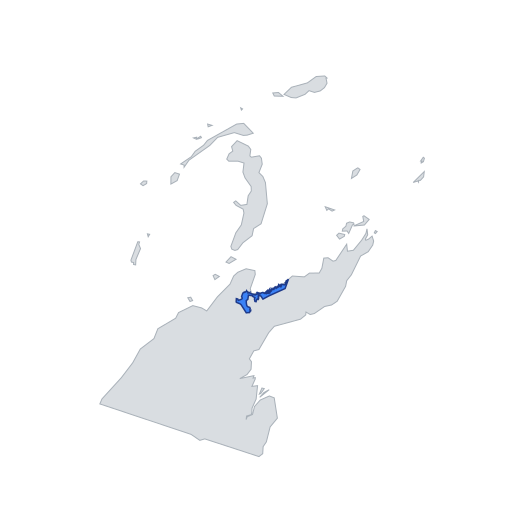 Huon District, Morobe, Papua New Guinea shown in context, rotated 289°
{"feature_id": "67681753B78423041590168", "entity_name": "Huon District", "entity_type": "district", "adm_level": 2, "iso_a3": "PNG", "parent_name": "Papua New Guinea", "parent_adm1": "Morobe", "projection": "orthographic", "projection_center": [147.273, -7.168], "detail": "fine", "context": "in_parent", "style": "filled", "palette": "blue", "viewbox_px": 512, "rotation_deg": 289, "n_neighbors": 0, "source": "geoboundaries", "source_scale": "gbopen_adm2", "svg_char_len": 8635}
<svg xmlns="http://www.w3.org/2000/svg" viewBox="0 0 512 512"><g transform="rotate(289 256 256)"><path d="M67.3,324.1L66.4,267.1L63.4,262.9L66.2,252.7L65.3,156.5L70.7,156.9L97.1,168.3L114.9,174.2L130.4,176.9L144.7,186.4L155.3,186.9L171.0,200.3L177.3,201.2L188.5,212.4L189.2,221.5L188.0,227.3L204.8,232.8L221.0,240.6L229.8,241.4L234.7,244.1L240.7,250.8L241.8,259.7L238.3,261.3L223.2,261.2L219.0,264.1L225.0,278.2L238.7,291.0L248.9,296.9L252.0,308.5L257.2,312.1L260.5,321.3L265.8,322.3L276.1,320.8L277.8,324.7L276.2,330.5L277.7,332.9L296.7,337.9L290.3,340.9L293.1,346.2L305.5,350.8L313.2,352.6L317.8,352.1L312.4,354.7L307.6,353.9L306.6,354.7L308.6,356.9L312.6,359.3L308.4,362.4L304.3,362.8L296.6,360.7L290.0,354.9L269.3,352.3L262.2,349.8L256.5,350.6L239.7,347.5L234.3,343.4L230.6,337.3L220.6,329.9L218.3,326.3L219.3,321.5L216.5,322.2L210.8,318.7L195.5,296.2L187.7,293.0L168.5,289.2L165.6,284.8L156.6,283.2L154.6,286.1L147.3,288.2L141.0,286.1L134.8,280.6L142.2,293.0L139.6,293.0L140.8,294.9L139.4,295.3L131.4,294.6L133.9,299.7L120.7,302.7L110.9,301.8L106.2,303.1L104.3,303.0L101.7,299.2L98.1,299.9L101.1,300.0L105.0,304.3L113.2,303.6L121.2,306.9L128.0,314.2L127.8,319.4L109.6,329.0L99.0,325.0L83.6,326.3L78.1,324.8L71.3,326.7L67.3,324.1ZM343.9,197.3L347.6,199.9L351.5,197.3L358.9,200.6L357.4,213.0L355.0,216.4L348.7,217.6L347.9,219.4L351.9,226.7L350.2,229.3L344.8,232.0L335.8,231.6L333.4,236.6L328.5,241.0L309.1,249.7L288.1,250.3L281.2,244.8L273.9,245.7L264.2,239.3L256.1,236.6L254.4,234.2L254.6,230.9L256.9,229.1L271.4,229.4L280.6,232.0L292.7,230.6L296.1,228.6L297.4,220.7L299.4,217.4L301.5,218.9L298.9,225.1L301.8,230.6L310.4,229.0L315.9,230.4L320.1,228.8L326.3,220.2L331.1,216.3L340.0,214.4L339.8,208.1L336.8,199.4L338.1,196.8L343.9,197.3ZM448.6,262.4L447.4,265.2L446.9,264.3L442.5,266.9L437.5,265.9L433.0,263.0L429.7,258.0L429.6,252.3L424.8,249.7L418.5,242.4L417.3,237.7L417.9,229.9L427.1,234.6L436.4,248.2L445.3,254.5L448.6,262.4ZM377.4,201.2L371.2,213.4L367.4,208.3L365.9,204.8L365.6,195.3L355.7,181.1L345.5,176.3L324.7,161.4L316.5,159.1L318.6,158.4L318.5,154.8L328.8,162.5L335.2,164.4L343.7,170.4L349.5,172.5L374.5,194.8L377.4,201.2ZM211.3,139.1L231.0,139.6L231.4,141.3L228.8,141.4L225.4,144.4L213.6,143.6L208.4,145.1L208.1,143.0L210.0,142.4L209.7,140.2L211.3,139.1ZM309.9,329.2L313.4,331.3L316.5,331.0L318.7,333.5L319.1,337.5L317.8,338.4L316.9,337.1L307.5,336.3L309.3,334.0L307.6,329.5L309.9,329.2ZM308.5,157.0L301.6,156.9L296.3,152.1L303.2,149.8L308.4,152.1L308.5,157.0ZM323.7,346.6L328.2,344.1L329.2,345.0L327.4,351.1L320.6,348.4L316.1,338.5L323.7,346.6ZM360.4,321.0L367.9,319.9L371.4,322.6L372.5,323.6L371.7,326.2L365.5,325.0L360.4,321.0ZM376.7,380.7L390.6,387.6L385.4,388.7L381.0,386.8L380.5,385.2L378.7,385.7L379.6,384.5L376.7,380.7ZM246.4,238.2L240.2,233.0L240.5,229.6L247.2,232.6L246.4,238.2ZM305.2,332.9L303.4,333.1L299.2,329.5L301.8,325.5L304.6,327.0L305.2,332.9ZM415.8,229.5L413.2,221.2L415.6,218.8L417.9,224.0L415.8,229.5ZM224.7,228.0L220.3,224.8L223.5,221.8L225.4,223.4L224.7,228.0ZM291.3,128.4L288.9,129.0L285.7,126.3L286.6,123.3L290.3,125.3L291.3,128.4ZM195.8,207.7L193.2,210.6L191.5,208.4L194.3,205.1L195.8,207.7ZM325.1,305.4L325.1,315.3L323.2,313.3L324.2,309.2L322.2,308.1L325.1,305.4ZM129.6,308.0L133.9,312.0L123.6,305.5L129.6,308.0ZM133.3,307.0L127.6,305.3L126.5,304.1L133.1,304.6L133.3,307.0ZM403.8,382.0L403.3,383.4L399.7,383.6L397.3,381.6L399.7,382.1L399.3,380.7L403.8,382.0ZM365.0,167.3L365.2,171.9L362.6,168.7L365.0,167.3ZM351.2,164.7L350.1,165.9L347.5,162.7L348.0,162.1L351.2,164.7ZM318.9,360.6L318.6,362.6L316.1,361.6L316.4,360.3L318.9,360.6ZM349.0,161.2L347.0,161.7L347.3,158.5L349.0,161.2ZM241.6,146.1L241.9,148.4L239.1,147.8L241.6,146.1ZM391.1,193.3L390.7,195.4L389.2,194.7L391.1,193.3Z" fill="#d9dde1" stroke="#a8b0b8" stroke-width="1"/><path d="M234.7,294.1L244.6,294.2L243.5,293.6L242.6,292.9L242.2,292.6L241.8,292.7L241.5,293.0L241.3,293.0L240.3,292.4L240.0,292.5L239.7,292.8L239.8,292.9L239.7,293.0L239.4,293.0L238.9,292.7L238.6,292.7L238.0,292.3L237.8,291.8L237.9,291.1L237.8,290.7L237.8,290.1L237.7,289.7L237.6,289.8L237.2,289.9L237.0,290.1L237.0,290.3L236.9,289.7L237.0,289.7L237.3,289.8L237.5,289.6L237.3,289.4L237.1,288.8L236.6,288.8L236.3,288.4L236.1,288.5L235.8,288.4L235.7,288.5L235.3,287.9L235.2,288.5L235.5,288.4L235.8,288.6L236.1,288.6L236.4,288.8L236.5,289.2L236.5,289.3L236.1,289.4L235.8,289.7L235.7,289.6L235.7,289.4L235.5,289.5L235.3,289.5L235.5,289.3L235.5,289.2L235.8,289.2L235.7,289.0L235.9,288.8L235.6,288.9L235.7,288.6L235.3,288.7L235.0,288.5L235.1,288.2L234.9,288.0L234.8,287.8L234.9,287.6L235.2,287.7L235.2,287.2L234.9,287.0L234.9,286.7L234.7,286.6L234.3,286.6L234.0,286.8L234.0,286.5L233.8,286.6L233.7,286.6L233.4,286.6L233.1,286.5L233.1,286.4L233.3,286.4L233.1,286.2L232.9,286.4L233.0,286.1L232.6,285.9L232.8,285.8L232.8,285.7L233.0,285.6L233.3,285.7L233.1,285.5L233.2,285.3L233.2,285.2L232.6,284.5L232.6,284.3L232.5,284.5L232.2,284.1L231.8,284.1L231.7,284.2L232.0,284.2L231.6,284.4L231.5,284.2L231.3,284.2L231.2,284.0L231.2,283.8L231.3,283.6L231.3,283.8L231.3,284.0L231.6,284.1L231.6,283.7L231.7,283.8L232.0,283.8L232.1,283.7L231.7,283.6L231.3,283.4L231.2,283.1L230.8,283.1L230.7,282.9L230.7,282.7L230.5,282.8L230.5,283.0L230.3,283.2L230.1,283.3L230.1,283.1L230.2,282.9L229.9,282.7L230.0,282.5L229.8,282.3L229.8,281.9L229.3,282.1L229.3,282.3L229.2,282.2L229.0,281.8L229.4,281.5L229.0,281.5L228.9,281.5L228.7,281.4L228.7,281.6L228.4,281.5L228.2,281.5L227.9,281.7L227.8,281.4L227.9,281.2L227.7,281.2L227.4,281.4L227.2,281.2L227.2,280.9L227.5,280.8L227.6,280.7L227.2,280.7L226.9,280.8L226.8,280.7L227.0,280.5L226.9,280.3L226.7,280.3L226.8,280.5L226.6,280.7L226.6,280.8L226.0,281.0L225.8,281.2L225.7,281.1L225.9,280.5L225.9,280.3L225.5,280.5L225.4,280.3L225.1,280.4L224.8,280.4L224.8,280.2L225.1,280.0L225.3,279.8L225.3,279.4L225.2,279.3L224.9,279.4L224.6,279.2L224.5,278.9L224.4,278.7L224.5,278.3L224.3,278.4L223.8,278.2L223.9,277.5L224.0,277.5L224.2,277.2L223.8,277.2L223.7,277.1L223.5,276.9L223.5,276.7L223.9,276.4L224.0,276.3L223.7,276.1L223.4,276.1L223.4,275.6L223.6,275.4L223.7,274.7L223.6,274.2L223.2,273.5L222.5,272.7L222.2,272.6L222.0,272.4L221.6,272.3L221.6,272.2L221.8,271.9L221.6,271.7L221.8,271.4L221.9,271.5L222.0,271.3L222.0,271.2L221.9,270.8L222.0,270.6L221.8,270.5L221.7,270.6L221.3,270.0L221.4,269.9L221.6,269.8L221.7,269.5L222.0,269.1L222.0,268.9L221.9,268.8L221.7,269.1L221.6,269.3L221.6,269.5L221.2,269.9L221.1,269.6L220.7,269.4L220.6,269.1L220.2,269.1L219.8,268.9L219.6,268.3L219.6,268.1L219.5,267.9L219.0,268.0L218.8,267.7L218.9,266.8L218.8,266.2L218.9,265.5L218.8,264.8L218.8,263.8L219.0,262.7L219.2,262.3L219.2,262.0L219.2,261.9L219.4,261.9L219.2,261.7L218.8,261.5L218.7,261.2L218.4,261.0L218.6,261.1L218.8,261.2L218.7,261.0L219.0,261.1L219.0,260.8L219.3,260.1L219.2,259.9L219.5,259.7L219.5,258.9L220.1,258.4L219.2,258.2L218.8,257.9L218.5,257.8L218.4,257.4L218.4,257.2L218.2,257.2L217.9,256.9L217.7,256.8L217.7,256.3L217.4,256.2L217.1,256.0L216.8,255.7L216.5,255.6L212.9,255.6L212.2,256.3L211.7,256.7L210.9,256.7L210.2,256.1L209.7,255.5L208.8,254.4L208.3,253.7L209.4,252.8L209.3,251.3L206.1,252.2L205.8,252.7L205.6,256.4L205.1,257.8L199.1,265.3L200.1,267.4L200.2,268.0L200.5,268.3L200.7,268.2L201.2,268.2L202.3,268.8L202.4,268.6L202.5,268.6L202.4,268.5L202.6,268.4L202.7,268.1L202.9,268.1L203.1,267.7L203.4,267.6L204.3,267.7L205.4,266.8L205.3,265.6L205.4,264.6L205.6,264.1L206.3,263.3L208.3,262.2L210.7,261.3L212.3,262.4L216.5,261.6L217.3,265.7L217.0,265.8L216.8,265.9L216.6,266.5L216.3,268.5L214.8,268.5L212.7,269.8L212.8,270.9L215.0,270.9L215.8,271.2L215.6,272.2L215.9,272.3L217.3,272.2L217.4,271.8L217.6,271.6L217.9,271.5L218.0,271.4L218.3,271.3L218.6,271.3L218.7,271.5L218.8,271.4L219.0,271.4L219.3,271.2L219.6,271.1L219.9,271.1L220.0,271.0L219.7,273.7L217.5,276.6L222.3,281.0L234.7,294.1ZM226.5,278.9L226.6,278.6L226.3,278.7L226.1,279.0L226.3,279.3L226.5,279.4L226.6,279.6L226.8,279.5L226.7,279.4L226.8,279.3L227.0,279.2L227.1,279.4L227.3,279.1L227.1,278.9L227.2,278.7L226.5,278.9ZM236.3,286.9L236.5,286.8L236.5,286.7L236.2,286.8L236.3,286.9ZM229.2,279.7L228.9,279.6L228.9,279.8L229.2,279.7ZM225.7,277.5L225.9,277.4L225.7,277.3L225.7,277.5ZM233.9,286.4L233.7,286.3L233.8,286.4L233.9,286.4ZM235.8,287.4L235.7,287.3L235.6,287.5L235.8,287.4ZM229.6,280.6L229.4,280.5L229.6,280.6ZM233.9,285.0L233.7,284.9L233.7,285.0L233.9,285.0ZM226.5,278.5L226.7,278.4L226.5,278.5ZM228.5,281.4L228.5,281.2L228.5,281.3L228.5,281.4ZM225.5,277.2L225.4,277.2L225.5,277.2ZM236.0,287.1L235.9,287.0L236.0,287.1ZM224.1,274.7L224.3,274.7L224.1,274.6L224.1,274.7ZM228.5,279.9L228.4,279.7L228.4,279.8L228.5,279.9Z" fill="#3b82f6" stroke="#1e3a8a" stroke-width="1.5"/></g></svg>